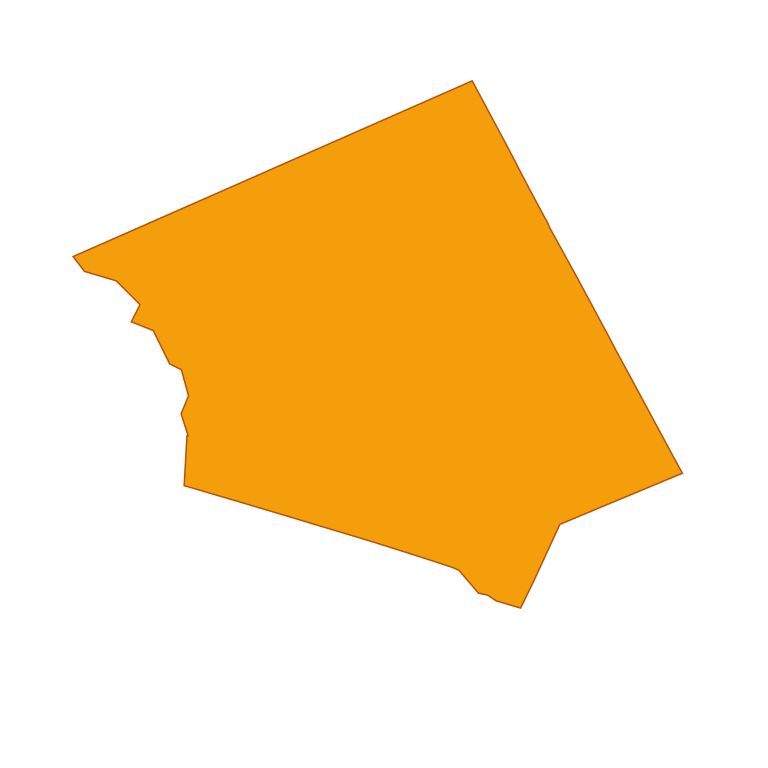 the district of Union, North Carolina, United States of America, rotated 241°
{"feature_id": "52423323B12415258614636", "entity_name": "Union", "entity_type": "district", "adm_level": 2, "iso_a3": "USA", "parent_name": "United States of America", "parent_adm1": "North Carolina", "projection": "albers", "projection_center": [-80.585, 35.011], "detail": "fine", "context": "isolated", "style": "filled", "palette": "amber", "viewbox_px": 768, "rotation_deg": 241, "n_neighbors": 0, "source": "geoboundaries", "source_scale": "gbopen_adm2", "svg_char_len": 987}
<svg xmlns="http://www.w3.org/2000/svg" viewBox="0 0 768 768"><g transform="rotate(241 384 384)"><path d="M434.1,186.5L392.4,160.2L392.0,159.9L377.1,174.7L376.2,175.5L346.1,205.2L313.7,236.9L312.9,237.7L295.4,254.7L256.5,292.7L252.4,296.6L252.1,296.9L251.8,297.3L244.3,304.3L243.8,304.8L218.8,328.5L189.8,355.5L184.5,359.3L155.3,365.2L149.1,372.3L139.9,377.0L121.8,394.8L139.3,419.8L153.0,438.5L153.3,438.9L176.0,469.8L171.8,507.9L163.6,581.0L161.8,597.0L161.3,601.7L179.8,601.8L185.4,601.9L227.2,602.4L267.3,602.9L279.4,603.0L302.2,603.2L304.1,603.3L321.4,603.7L321.5,603.7L325.9,603.7L381.5,604.5L439.3,604.7L446.8,605.3L452.9,605.3L484.3,605.7L487.0,605.8L500.0,606.1L508.3,606.3L514.2,606.6L515.3,606.5L516.6,606.6L532.6,607.0L579.1,607.7L606.4,608.1L625.7,397.4L627.7,375.3L646.2,173.9L627.7,176.6L604.1,199.8L571.7,209.1L560.9,193.1L542.6,208.1L505.5,206.3L494.7,213.7L468.4,207.3L456.3,192.1L433.8,187.6L434.1,186.5Z" fill="#f59e0b" stroke="#b45309" stroke-width="1.5"/></g></svg>